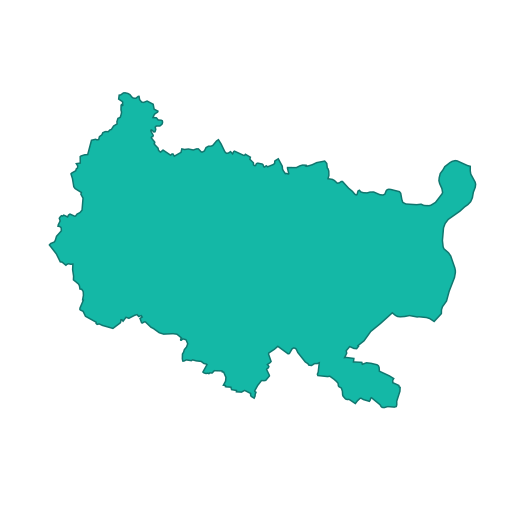 Thieu Hoa, Thanh Hóa, Vietnam (Albers equal-area conic projection), rotated 9°
{"feature_id": "81297802B18173194226488", "entity_name": "Thieu Hoa", "entity_type": "district", "adm_level": 2, "iso_a3": "VNM", "parent_name": "Vietnam", "parent_adm1": "Thanh Hóa", "projection": "albers", "projection_center": [105.666, 19.898], "detail": "fine", "context": "isolated", "style": "filled", "palette": "teal", "viewbox_px": 512, "rotation_deg": 9, "n_neighbors": 0, "source": "geoboundaries", "source_scale": "gbopen_adm2", "svg_char_len": 6079}
<svg xmlns="http://www.w3.org/2000/svg" viewBox="0 0 512 512"><g transform="rotate(9 256 256)"><path d="M368.6,383.5L370.0,383.1L371.2,383.4L377.2,386.2L378.8,383.2L381.0,380.4L381.9,380.0L384.6,381.0L390.7,381.8L391.4,380.2L391.5,378.6L392.2,377.9L401.8,383.5L403.1,385.1L404.3,385.8L406.3,385.7L409.2,384.3L410.8,384.0L416.3,383.6L418.1,382.7L418.3,380.9L417.7,377.4L419.3,367.1L418.9,363.2L418.0,363.0L417.3,361.5L410.9,359.7L410.5,357.2L411.2,355.5L406.4,353.5L395.9,350.5L395.0,346.8L394.1,345.3L392.6,344.5L386.5,344.0L381.8,344.2L378.0,346.3L377.1,344.5L368.8,345.4L368.7,341.9L360.8,342.1L359.4,342.5L360.8,337.8L359.9,335.5L362.7,330.8L367.2,332.0L369.9,331.8L371.4,329.1L370.7,328.6L376.0,322.8L381.1,312.6L389.5,303.2L399.5,290.8L402.9,292.8L405.2,293.6L407.9,293.5L412.3,292.5L416.9,290.8L424.7,291.0L426.6,290.5L434.1,290.1L437.3,290.6L442.2,292.8L447.8,284.4L448.1,283.8L447.6,280.1L447.9,278.2L448.1,276.9L451.2,270.7L452.3,260.6L455.4,246.2L455.5,241.2L455.2,239.3L454.3,236.8L448.3,225.5L445.7,222.8L440.5,219.5L439.4,217.7L437.7,211.6L436.8,198.8L437.7,194.3L440.1,189.8L450.5,179.7L454.3,174.9L457.2,172.1L459.5,168.8L460.1,166.6L460.6,164.6L460.7,159.0L461.8,153.8L461.7,150.8L460.9,148.8L455.3,141.5L454.3,138.4L453.6,133.9L450.8,133.6L439.9,130.6L437.9,130.6L435.0,131.8L433.1,133.3L428.5,138.2L427.2,141.7L425.1,145.7L424.7,150.0L424.9,153.0L426.1,155.8L429.1,160.4L430.4,164.2L430.0,165.6L424.9,175.0L420.8,178.5L419.1,179.2L416.4,179.6L413.8,179.8L411.0,179.0L406.7,180.2L395.9,181.2L392.6,180.1L391.2,177.4L389.1,171.4L387.6,170.0L378.8,169.2L376.7,169.3L375.2,170.0L374.4,171.2L373.6,174.7L372.0,175.9L368.9,176.1L362.3,174.4L358.7,175.0L355.9,176.3L352.3,176.7L349.7,176.4L347.8,174.9L346.6,175.9L346.3,178.8L345.9,179.8L345.3,180.0L343.9,179.5L341.0,177.0L336.9,174.6L329.8,168.9L328.5,169.1L326.9,170.7L324.9,171.4L321.7,169.2L319.5,168.4L315.0,168.4L315.4,165.0L314.6,160.8L313.5,158.6L312.6,157.9L311.4,153.5L309.0,151.5L301.3,154.3L297.2,157.1L292.2,159.5L291.2,159.4L291.7,158.7L291.4,158.5L287.8,158.9L285.4,160.0L282.0,162.4L273.3,163.7L273.3,164.2L275.5,169.6L275.1,170.0L272.8,169.7L272.1,170.1L269.6,167.5L268.6,166.0L267.9,163.2L262.8,156.5L260.0,158.9L259.7,159.3L259.9,161.7L258.7,163.0L253.5,166.1L252.0,165.3L250.3,166.9L249.7,166.6L248.6,164.7L247.7,164.2L243.2,164.0L242.0,164.7L241.4,166.7L240.5,167.0L239.2,166.3L238.9,164.4L234.8,161.4L235.0,159.3L229.6,157.2L229.0,158.4L227.9,158.5L218.3,155.8L217.7,156.3L216.9,158.8L214.5,156.9L212.6,158.7L210.7,159.2L208.9,157.9L204.0,150.8L200.7,147.0L199.0,148.6L196.0,153.6L194.4,154.6L191.9,155.0L189.7,156.7L188.6,160.3L186.5,161.9L185.4,161.6L182.3,159.2L180.5,159.5L177.5,161.1L172.5,160.9L168.7,162.0L166.0,161.8L165.7,165.4L159.7,170.2L158.0,168.2L156.9,168.5L155.9,169.8L147.6,165.9L145.4,168.4L143.2,166.9L142.4,164.8L138.1,161.5L137.8,160.5L138.3,160.1L138.1,159.3L134.1,155.7L134.2,154.8L135.4,154.2L135.6,152.9L132.9,149.5L132.5,148.3L132.8,147.9L133.7,148.1L135.8,149.5L136.8,149.1L137.2,146.7L136.3,144.5L137.2,143.2L140.4,142.7L141.2,142.2L142.7,140.2L142.8,138.4L142.3,137.1L141.1,136.7L138.2,137.0L136.0,135.1L132.6,135.4L133.2,132.8L134.1,131.2L136.3,129.3L136.5,128.3L132.4,126.9L130.7,122.2L124.2,120.0L121.0,121.9L119.0,121.9L116.6,119.8L115.5,116.6L114.8,116.7L112.7,119.0L110.3,119.3L108.6,118.5L106.2,116.3L104.0,115.5L101.1,115.3L99.5,115.7L97.1,118.1L95.7,118.5L95.8,122.5L99.7,124.3L100.3,124.9L100.4,126.8L100.9,127.8L100.5,128.3L99.4,127.7L99.2,128.2L99.8,132.9L100.7,134.9L100.7,137.0L100.2,140.3L98.1,141.7L97.6,145.2L98.2,147.2L95.0,149.9L93.4,153.6L91.8,154.5L90.7,156.3L87.7,156.7L85.4,158.2L84.8,160.5L82.7,162.6L82.4,165.6L80.8,166.2L79.3,165.8L75.4,167.4L73.9,182.2L70.8,182.9L67.5,184.6L66.8,185.3L67.9,191.7L64.1,192.9L65.9,195.0L65.9,197.1L64.9,198.0L64.6,200.0L60.9,203.0L60.4,203.8L62.6,208.2L65.2,216.1L66.8,217.7L73.6,220.6L73.4,222.4L76.1,225.9L77.0,237.9L75.4,240.6L72.7,242.6L71.5,244.8L70.8,245.1L65.7,243.7L64.4,244.9L63.8,246.9L59.7,245.7L58.8,246.8L57.7,246.6L56.8,247.5L55.8,249.5L57.1,252.0L55.8,256.2L55.8,257.6L57.3,257.5L58.7,258.2L59.2,258.8L59.8,261.6L55.9,267.7L55.3,272.1L54.5,273.8L51.2,275.8L50.2,277.4L58.5,285.2L63.6,292.4L65.5,292.4L69.7,294.9L70.3,294.0L71.9,293.0L74.5,293.1L76.4,292.6L77.0,298.1L79.0,304.5L79.4,308.1L85.0,311.4L86.2,312.9L87.3,316.2L89.0,316.1L90.9,318.1L91.7,321.9L91.6,326.5L92.4,326.6L90.3,334.9L90.4,336.3L90.9,336.8L93.9,337.7L97.0,342.2L108.5,346.4L108.6,347.6L109.8,348.4L111.8,347.6L115.2,348.6L126.0,349.9L132.3,343.4L132.7,342.3L132.6,340.1L133.5,339.9L134.9,341.2L137.2,336.9L140.2,337.4L145.5,333.5L147.7,332.5L149.6,334.1L152.0,332.8L153.1,334.1L151.2,335.8L153.4,339.8L154.1,340.0L156.3,338.4L157.1,338.4L163.4,342.8L166.1,343.7L172.4,346.9L177.0,347.6L186.2,345.7L190.1,345.6L195.1,348.5L194.6,350.0L194.8,350.9L195.4,350.9L196.7,349.3L199.6,349.6L200.3,350.1L202.3,353.4L201.6,356.8L199.9,359.6L199.5,362.4L198.7,364.3L199.3,368.9L200.1,371.2L201.1,371.1L203.5,369.5L208.5,369.5L209.6,368.5L213.3,368.9L218.3,368.7L221.3,370.3L223.9,370.5L224.6,370.9L221.7,378.9L222.9,379.6L225.0,379.9L226.7,379.3L227.9,379.6L228.6,378.7L231.0,378.4L232.8,375.8L240.3,374.8L240.8,375.8L242.2,375.7L245.3,380.6L245.5,384.4L244.0,388.7L245.7,388.6L246.2,388.9L246.2,389.8L246.9,389.9L251.7,389.5L252.8,391.8L257.8,391.9L257.9,393.2L263.0,392.7L265.6,390.6L266.4,390.7L272.2,392.6L272.4,394.2L273.2,395.4L276.4,396.7L277.0,394.5L276.8,392.9L277.3,390.6L276.0,390.0L275.8,389.4L277.9,383.6L280.9,378.2L283.8,377.8L285.1,377.3L288.0,372.4L287.9,371.8L284.2,366.4L284.5,365.6L285.7,364.5L286.0,363.0L284.2,361.4L286.7,359.0L287.4,357.8L283.8,351.1L283.7,349.9L288.7,345.3L291.7,341.8L303.0,347.6L304.2,347.1L306.2,342.0L307.6,340.9L309.1,341.0L310.3,341.7L312.4,344.8L321.2,352.9L324.2,354.3L325.2,355.5L327.9,355.5L330.7,353.1L333.3,352.7L335.2,351.5L335.6,361.1L335.1,363.1L335.8,364.4L345.6,363.9L347.7,363.2L352.1,365.4L355.1,367.3L357.0,368.9L357.7,371.4L358.4,372.1L361.0,373.1L362.5,376.1L363.3,379.7L364.0,380.9L366.8,383.2L368.6,383.5Z" fill="#14b8a6" stroke="#0f766e" stroke-width="1.5"/></g></svg>